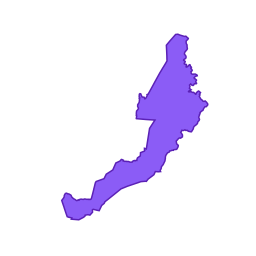 Santiago Comaltepec, Oaxaca, Mexico, rotated 330°
{"feature_id": "50627088B9825150146899", "entity_name": "Santiago Comaltepec", "entity_type": "district", "adm_level": 2, "iso_a3": "MEX", "parent_name": "Mexico", "parent_adm1": "Oaxaca", "projection": "mercator", "projection_center": [-96.381, 17.637], "detail": "fine", "context": "isolated", "style": "filled", "palette": "violet", "viewbox_px": 256, "rotation_deg": 330, "n_neighbors": 0, "source": "geoboundaries", "source_scale": "gbopen_adm2", "svg_char_len": 5460}
<svg xmlns="http://www.w3.org/2000/svg" viewBox="0 0 256 256"><g transform="rotate(330 128 128)"><path d="M224.9,80.8L225.0,80.6L224.9,79.9L224.7,79.6L224.6,79.2L224.4,78.9L224.3,78.2L224.2,77.9L224.0,77.4L223.8,77.4L223.2,77.2L222.5,76.7L219.1,73.1L218.1,71.7L216.0,70.8L211.6,72.3L207.7,73.6L202.6,75.5L200.0,80.6L197.6,85.2L196.6,87.0L195.3,89.4L192.9,90.8L189.1,92.9L188.5,93.2L188.1,93.4L186.0,94.6L183.1,96.2L174.3,101.5L171.4,103.3L165.3,107.0L162.1,108.9L161.6,108.6L161.1,108.6L160.9,109.2L160.5,109.8L158.5,111.0L158.3,111.0L157.7,111.2L157.2,111.2L157.1,110.9L157.4,109.6L157.3,109.3L156.2,108.6L155.7,108.0L156.1,104.7L155.5,104.2L154.7,104.4L153.1,106.8L153.3,107.4L153.2,107.9L152.4,108.1L152.4,108.8L150.5,111.4L148.0,112.7L147.0,114.4L147.1,115.1L147.0,116.0L146.1,116.8L144.8,117.3L143.9,117.6L142.7,119.2L142.2,120.1L142.1,120.6L141.5,121.0L141.6,121.9L141.5,122.1L140.9,122.6L140.3,123.6L140.1,123.7L140.0,123.8L139.9,123.9L139.9,124.1L147.8,129.6L155.3,134.6L146.5,139.1L133.4,155.3L132.1,153.8L131.5,154.8L131.4,155.7L130.7,156.2L126.5,155.6L124.7,158.3L121.3,158.6L120.4,159.3L119.4,160.5L118.7,160.0L117.7,160.0L117.3,159.3L116.2,159.1L115.1,159.2L114.5,159.6L113.5,159.1L112.6,158.5L112.1,157.8L111.3,156.9L110.3,156.6L109.7,155.8L108.6,155.4L108.1,154.8L107.4,154.2L107.9,153.6L107.0,152.3L106.5,151.9L104.5,152.6L100.0,152.2L93.9,156.7L90.7,156.9L86.1,157.1L81.9,159.9L73.7,158.4L72.5,159.0L71.0,160.5L69.4,162.2L68.0,163.6L67.7,164.0L64.3,167.5L61.2,170.6L60.6,171.0L60.2,171.1L59.8,171.1L59.5,170.8L59.3,170.6L58.8,170.6L58.5,170.4L58.1,169.9L57.7,169.9L57.2,169.4L56.5,169.1L55.4,168.1L54.5,167.6L53.9,167.6L53.6,167.5L52.5,166.7L51.8,166.1L50.0,165.6L49.5,166.0L49.4,165.9L49.3,165.5L48.7,165.3L48.4,165.6L47.1,165.1L46.2,163.0L45.9,162.6L45.6,162.3L44.8,159.7L45.0,158.1L45.0,157.6L44.5,156.7L44.2,156.2L43.8,155.5L42.9,154.9L42.7,154.6L42.4,153.9L41.9,153.6L41.3,153.2L41.4,152.9L41.2,153.3L40.8,153.5L40.7,153.6L39.4,154.3L39.2,154.5L38.9,154.8L38.2,155.8L36.4,156.8L35.7,157.0L34.4,157.6L34.1,159.0L33.4,162.5L33.1,164.2L32.9,164.9L32.4,167.3L31.8,170.2L31.0,174.4L32.1,175.7L34.4,177.8L33.3,178.6L39.5,182.9L44.3,183.1L45.7,183.0L46.9,182.7L47.3,182.1L49.9,183.0L51.5,184.4L55.2,183.2L56.2,181.1L57.2,181.0L60.0,183.7L61.7,185.2L66.5,181.9L67.1,181.8L69.6,181.4L70.5,180.8L70.9,180.4L71.8,180.3L72.5,180.1L73.6,180.0L87.2,177.9L91.4,177.2L98.1,178.1L112.3,180.9L116.4,182.8L117.2,183.4L119.9,182.3L127.1,181.4L128.5,180.4L129.9,179.4L132.4,181.1L134.4,182.0L134.4,181.7L134.4,181.3L135.2,180.4L135.8,180.1L136.1,180.0L136.4,179.7L137.0,179.1L137.3,178.5L137.8,178.2L138.5,177.9L139.5,177.5L140.0,177.4L141.3,176.5L142.0,176.0L143.4,175.1L144.1,174.3L144.3,174.0L144.5,173.7L144.9,173.4L145.6,172.2L146.7,170.9L147.0,170.7L148.9,169.7L149.7,169.3L150.4,169.3L151.3,169.5L151.9,169.3L152.6,168.7L153.7,169.2L154.7,169.2L156.1,170.0L156.5,169.6L158.1,170.2L159.0,170.7L159.8,170.7L162.0,169.3L162.9,168.1L162.3,166.5L162.4,166.1L162.3,165.8L163.2,163.4L164.5,163.1L166.1,162.5L167.2,162.3L168.2,162.6L168.5,163.1L170.7,162.9L171.7,161.3L171.7,159.3L171.4,158.3L173.6,156.9L174.3,157.7L175.3,158.0L176.4,158.0L176.9,159.1L178.0,159.5L178.5,160.2L178.4,160.7L178.7,161.1L180.5,162.7L181.1,163.0L184.1,161.4L185.0,160.3L186.3,159.6L188.3,159.4L190.3,158.9L190.9,158.2L191.9,157.4L193.3,157.1L194.3,156.2L194.4,155.2L194.5,154.5L194.7,153.9L195.8,153.0L196.7,152.3L196.6,152.1L198.2,151.0L198.2,150.6L200.1,150.2L201.7,150.2L203.2,149.0L205.2,148.1L206.7,148.7L207.6,148.2L208.6,147.9L209.1,147.0L208.9,144.9L208.3,143.1L207.6,143.1L206.8,142.7L206.3,142.2L206.3,141.2L205.6,139.8L205.5,136.3L206.9,135.3L206.7,134.5L208.5,133.6L207.7,131.3L207.0,131.2L204.9,131.6L203.9,132.6L203.4,132.5L202.7,130.0L201.5,129.3L200.6,127.8L199.8,127.7L198.8,127.2L198.6,126.8L199.3,126.4L201.8,126.5L201.0,124.4L202.5,122.9L202.7,121.6L204.3,121.2L204.8,123.0L205.6,123.7L206.6,123.5L206.8,123.2L207.8,122.9L209.1,123.8L209.8,123.5L209.6,122.3L210.0,121.5L211.1,121.0L211.3,120.6L210.8,119.1L210.2,118.5L210.4,117.5L212.3,117.0L214.1,117.4L214.3,116.8L213.9,116.0L213.3,115.0L212.3,114.4L211.7,114.1L211.3,114.0L210.8,113.7L210.3,113.1L210.1,112.6L210.1,112.1L210.3,111.7L210.6,111.1L210.8,110.6L211.1,110.6L211.5,110.7L212.5,110.1L212.5,109.4L212.5,108.9L212.4,108.4L212.2,108.1L212.5,107.8L212.5,107.4L212.8,107.2L213.3,107.1L213.3,106.8L213.1,106.5L213.0,106.2L213.0,105.9L213.0,105.6L213.1,105.3L213.2,105.0L213.3,104.7L213.3,104.3L212.9,103.9L212.6,103.9L212.1,104.1L211.7,104.2L211.1,104.4L210.6,104.5L210.2,104.6L209.5,104.6L209.2,104.5L208.9,104.3L209.0,103.9L209.3,103.6L209.6,103.2L209.9,103.1L210.1,102.8L210.3,102.3L210.2,102.0L209.9,101.7L209.5,101.5L209.2,101.1L208.9,100.8L208.8,100.5L209.1,100.1L209.3,99.9L209.8,99.7L210.2,99.5L210.5,99.4L210.8,99.0L210.7,98.5L210.5,98.2L210.4,97.9L210.2,97.6L210.0,97.2L210.4,96.7L210.7,96.6L211.1,96.7L211.5,96.6L211.8,96.6L212.3,96.6L212.6,96.6L213.1,96.3L213.4,96.1L213.6,95.8L213.9,95.3L214.0,95.0L214.1,94.5L214.1,93.9L214.0,93.4L213.9,92.9L213.8,92.4L214.0,91.9L214.3,91.6L214.5,91.3L214.9,91.0L215.5,90.6L215.8,90.4L216.3,90.4L216.8,90.0L217.5,89.9L218.0,89.7L218.5,89.5L218.8,89.2L219.2,88.8L219.3,88.6L219.4,88.1L219.5,87.8L219.7,87.4L219.9,86.9L220.2,86.5L220.4,86.0L220.7,85.6L220.7,85.0L220.7,84.7L220.7,84.3L220.8,83.8L220.9,83.4L221.1,83.1L221.3,82.6L221.6,82.2L221.9,81.8L222.1,81.6L222.6,81.5L223.7,81.3L224.9,80.8Z" fill="#8b5cf6" stroke="#5b21b6" stroke-width="1.5"/></g></svg>